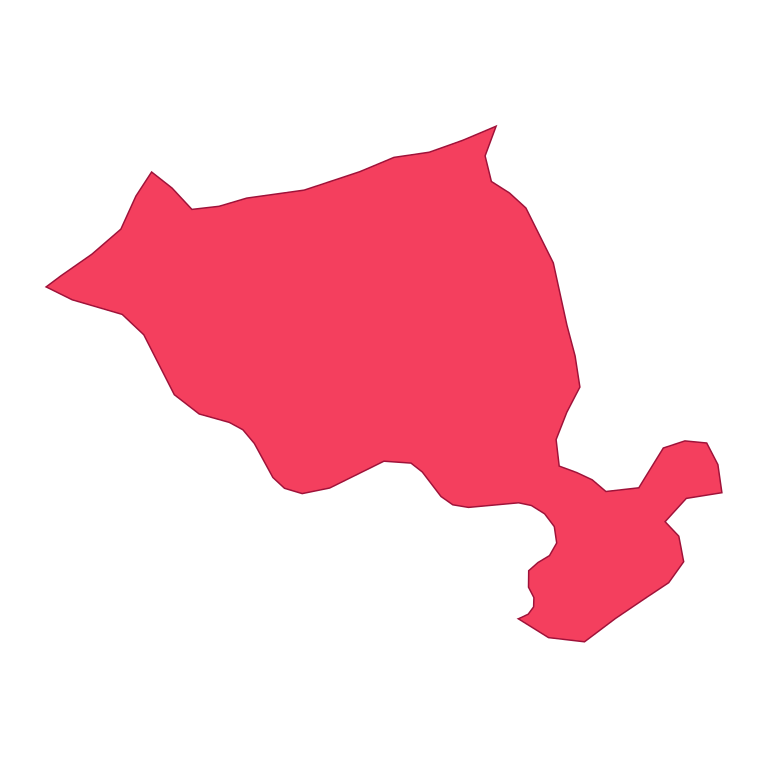 map outline of Laçın (Natural Earth projection)
{"feature_id": "AZE-1735", "entity_name": "Laçın", "entity_type": "District", "adm_level": 1, "iso_a3": "AZE", "parent_name": "Azerbaijan", "parent_adm1": "", "projection": "natural_earth1", "projection_center": [46.402, 39.698], "detail": "fine", "context": "isolated", "style": "filled", "palette": "rose", "viewbox_px": 768, "rotation_deg": 0, "n_neighbors": 0, "source": "natural_earth", "source_scale": "10m", "svg_char_len": 1160}
<svg xmlns="http://www.w3.org/2000/svg" viewBox="0 0 768 768"><path d="M302.2,493.6L284.5,488.3L272.9,477.5L254.3,443.4L242.9,429.8L229.3,422.4L199.2,414.0L174.3,394.7L143.8,334.8L122.2,314.4L72.2,299.8L46.1,286.9L61.2,275.6L92.0,254.1L120.9,229.1L135.9,196.1L151.6,172.0L172.1,188.1L191.9,209.4L219.0,206.3L246.7,198.1L304.2,190.1L359.7,171.7L393.9,157.4L429.3,152.2L462.7,140.3L496.1,126.2L485.1,155.9L491.4,181.5L509.5,193.0L525.9,208.0L553.3,262.9L566.9,325.1L575.1,356.0L578.1,375.5L579.9,387.1L575.6,395.3L566.8,412.3L556.1,439.6L559.2,466.1L576.8,472.6L592.2,479.8L605.9,491.5L638.8,487.8L644.5,478.5L663.2,448.2L663.3,448.0L684.9,440.9L706.7,443.0L717.9,464.6L720.6,483.6L721.9,492.7L686.3,498.4L673.0,513.0L665.1,521.7L678.8,536.2L680.9,547.0L683.1,558.8L683.7,561.7L668.7,582.7L646.7,597.3L615.4,618.5L584.5,641.8L548.5,637.6L518.3,618.8L518.6,618.7L528.2,614.2L533.6,606.9L533.9,597.6L528.5,587.2L528.7,570.7L538.0,562.5L549.5,555.6L556.7,543.0L554.3,526.6L544.6,513.8L531.4,505.5L518.6,502.8L468.5,507.4L452.8,504.8L441.0,496.5L422.3,472.0L411.0,463.1L383.9,461.2L329.7,488.0L302.2,493.6Z" fill="#f43f5e" stroke="#9f1239" stroke-width="1.5"/></svg>